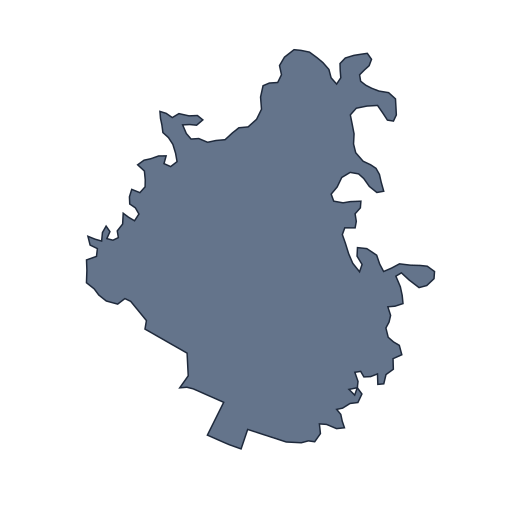 Paraíso, Santa Catarina, Brazil, rotated 168°
{"feature_id": "56859067B88081254239904", "entity_name": "Paraíso", "entity_type": "district", "adm_level": 2, "iso_a3": "BRA", "parent_name": "Brazil", "parent_adm1": "Santa Catarina", "projection": "mercator", "projection_center": [-53.691, -26.665], "detail": "fine", "context": "isolated", "style": "filled", "palette": "slate", "viewbox_px": 512, "rotation_deg": 168, "n_neighbors": 0, "source": "geoboundaries", "source_scale": "gbopen_adm2", "svg_char_len": 2779}
<svg xmlns="http://www.w3.org/2000/svg" viewBox="0 0 512 512"><g transform="rotate(168 256 256)"><path d="M416.3,310.2L416.0,301.2L409.6,296.2L412.1,288.8L422.6,287.4L424.4,277.1L427.4,265.1L421.1,257.5L417.9,250.5L411.8,243.1L401.3,237.7L393.1,241.6L388.0,237.7L376.6,215.6L379.8,207.6L343.6,175.3L347.2,152.9L358.0,142.9L350.9,142.0L345.0,139.1L318.0,119.6L340.8,90.9L326.5,80.6L321.4,77.0L310.7,70.4L300.2,88.1L265.1,67.8L250.5,63.9L243.2,64.3L237.2,62.1L229.9,68.9L228.9,78.6L222.0,76.6L213.1,70.4L205.2,69.6L206.0,76.6L206.0,83.4L209.0,89.2L202.9,89.2L194.7,92.2L186.8,91.5L181.1,99.0L184.3,106.1L182.3,112.1L183.5,121.7L177.6,121.4L175.6,115.3L169.0,114.2L161.7,115.4L163.5,105.1L157.6,104.4L153.5,113.0L145.2,116.7L143.3,127.1L133.9,129.1L134.4,138.8L139.4,143.4L143.6,149.0L143.9,158.6L139.6,163.7L136.7,169.9L137.6,178.9L130.5,178.0L122.1,178.9L121.2,187.0L121.2,195.9L123.4,207.2L117.3,209.3L111.3,200.8L103.1,191.2L95.1,191.6L86.6,196.8L84.6,203.7L90.6,210.4L97.3,212.6L106.8,214.9L117.3,218.5L125.9,216.0L134.4,214.3L136.7,222.4L137.8,231.7L146.1,240.2L155.0,243.1L157.2,234.8L154.0,225.7L158.0,219.0L162.9,228.8L164.9,238.9L165.9,249.8L167.1,259.0L163.3,265.1L153.2,262.9L150.7,269.0L150.3,276.7L143.9,281.4L142.0,287.8L152.5,289.6L159.8,289.9L168.6,293.5L169.6,300.9L162.3,306.6L155.8,315.0L146.5,318.2L138.6,315.0L134.5,309.4L130.7,300.5L124.6,293.0L117.6,292.8L118.2,302.3L118.3,310.1L120.4,316.8L124.9,321.4L131.5,326.4L137.0,336.3L137.3,345.3L134.7,355.1L134.5,365.8L134.4,374.4L127.2,379.7L116.3,379.6L105.8,378.0L102.1,369.1L99.2,361.6L93.5,359.4L89.4,364.8L88.2,372.3L86.9,380.7L92.3,388.2L101.5,391.8L107.8,395.9L113.1,400.2L117.3,405.2L117.0,411.7L111.0,415.6L105.8,418.6L102.1,424.4L105.0,431.1L111.0,431.5L118.6,431.9L127.5,431.1L133.8,426.8L135.1,419.7L136.0,412.7L141.4,407.4L145.5,414.7L145.9,423.3L150.3,431.2L155.0,437.2L161.3,444.3L169.3,447.8L175.9,449.9L186.8,444.6L193.4,437.4L193.4,428.0L198.7,421.2L207.0,422.4L213.7,421.1L218.5,410.5L220.1,398.4L227.0,389.6L236.9,383.9L246.1,385.0L253.3,381.4L262.1,376.2L271.1,377.3L279.7,377.3L287.6,382.8L295.2,383.9L298.7,390.3L300.5,399.5L293.6,398.4L286.9,396.3L279.7,400.2L284.1,405.6L292.4,407.0L301.8,411.3L309.1,408.8L314.2,414.2L319.9,417.4L320.8,410.5L320.8,403.8L321.4,396.1L317.0,390.0L314.1,382.5L313.3,373.2L313.6,364.7L320.9,361.2L326.8,365.5L323.1,372.6L330.4,374.1L339.0,373.0L345.6,373.0L352.8,369.8L347.5,362.3L348.5,353.5L350.1,346.7L356.4,342.1L363.7,347.0L367.5,340.2L368.7,333.1L364.0,328.2L361.8,321.4L367.5,315.7L372.6,320.4L377.0,325.4L379.8,315.0L386.5,309.4L386.8,302.6L392.6,301.2L398.3,304.0L393.8,310.2L396.4,316.4L401.3,310.9L403.9,302.7L409.9,305.9L416.3,310.2ZM184.3,106.1L188.4,99.4L192.8,106.2L184.3,106.1Z" fill="#64748b" stroke="#1e293b" stroke-width="1.5"/></g></svg>